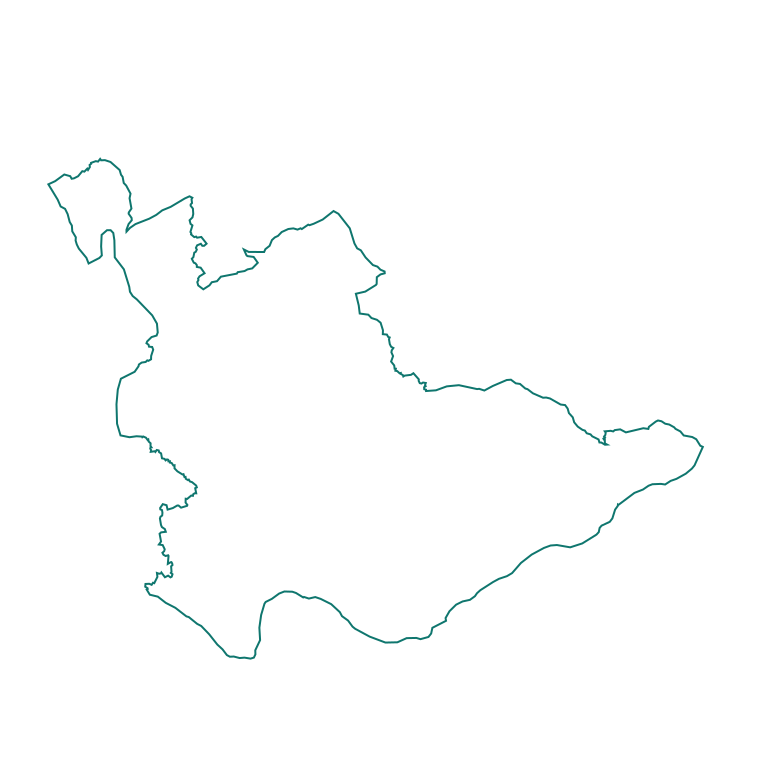 Lawra, Upper West, Ghana (Mercator projection), rotated 263°
{"feature_id": "2480657B49975124320145", "entity_name": "Lawra", "entity_type": "district", "adm_level": 2, "iso_a3": "GHA", "parent_name": "Ghana", "parent_adm1": "Upper West", "projection": "mercator", "projection_center": [-2.802, 10.62], "detail": "fine", "context": "isolated", "style": "outline", "palette": "teal", "viewbox_px": 768, "rotation_deg": 263, "n_neighbors": 0, "source": "geoboundaries", "source_scale": "gbopen_adm2", "svg_char_len": 6150}
<svg xmlns="http://www.w3.org/2000/svg" viewBox="0 0 768 768"><g transform="rotate(263 384 384)"><path d="M551.4,328.2L547.8,321.3L548.7,320.2L547.8,317.0L549.5,313.0L549.5,307.9L547.3,301.0L543.9,296.8L542.8,293.5L540.5,290.3L535.1,287.3L532.3,282.7L529.6,281.1L531.6,265.8L534.6,261.3L528.5,263.2L527.6,264.0L526.0,270.1L519.7,273.5L514.8,267.3L514.4,262.5L513.1,259.4L512.8,252.4L511.5,251.4L510.4,235.2L506.4,230.8L506.0,225.5L503.2,222.8L500.0,216.2L504.5,211.6L507.9,211.1L509.8,212.5L511.3,212.3L513.4,214.1L515.8,219.4L521.8,216.2L523.0,212.5L524.8,212.7L526.8,211.5L527.6,210.0L531.7,208.5L533.2,210.3L537.5,211.7L538.1,213.2L540.2,214.6L542.0,213.9L544.4,215.4L545.5,219.3L543.3,220.5L543.1,222.3L544.9,225.0L552.2,220.6L552.0,216.3L553.2,215.5L552.9,213.6L556.0,210.7L557.1,211.1L558.5,210.4L564.8,213.2L566.5,211.5L570.2,211.0L572.7,214.2L576.0,215.4L581.4,215.7L584.5,213.8L585.8,214.0L587.0,215.5L590.9,215.5L592.2,216.5L594.0,213.8L592.4,208.8L585.8,193.8L583.4,185.1L579.6,178.6L576.7,171.2L573.0,156.8L569.9,150.9L566.6,147.0L568.5,147.2L573.9,150.0L577.3,153.6L579.6,153.7L584.1,151.3L585.4,151.6L588.9,154.7L599.4,154.1L603.8,155.6L612.4,152.3L615.2,150.2L621.5,149.8L623.7,148.5L628.6,147.7L637.7,139.6L640.2,134.3L640.5,130.5L642.0,129.7L639.6,127.3L640.3,125.1L639.2,120.2L638.3,120.2L637.3,118.5L635.2,118.5L632.5,116.3L633.9,115.7L631.3,112.5L632.0,110.5L627.5,105.7L625.9,101.3L625.8,99.0L628.5,97.9L630.9,92.2L625.4,82.3L623.1,75.2L606.7,82.6L599.6,84.7L596.7,88.8L591.2,90.7L583.1,91.8L579.3,93.5L573.5,93.2L567.2,96.0L563.9,95.4L559.9,96.1L555.6,97.6L545.5,104.0L539.6,105.5L543.8,116.9L546.0,119.6L555.0,120.0L566.4,121.9L570.4,127.8L570.0,131.4L566.9,133.7L559.5,133.9L542.5,132.2L529.5,139.8L511.5,143.0L506.5,143.1L501.9,145.3L498.1,149.0L480.4,162.3L471.6,166.0L462.7,165.7L459.8,164.2L458.9,159.0L455.1,154.1L453.4,153.2L451.7,155.1L449.7,155.3L449.0,158.4L446.2,159.1L440.2,156.3L436.9,155.8L435.7,153.0L436.3,151.9L434.9,150.1L434.8,146.1L433.2,143.1L431.5,142.5L426.5,138.0L421.3,123.5L410.9,119.1L396.5,116.0L377.1,114.2L365.1,116.2L362.2,124.9L362.3,132.0L361.3,137.3L360.6,137.6L361.2,138.7L359.7,141.2L357.3,142.5L357.7,143.3L355.6,143.4L353.6,145.1L351.0,144.7L349.6,145.4L349.7,144.6L348.3,144.1L346.8,144.8L345.1,144.2L345.2,148.3L344.4,148.8L346.2,150.4L345.5,152.3L343.7,152.5L342.3,154.3L337.3,154.6L336.4,157.1L334.8,157.9L335.6,159.4L335.1,160.6L333.5,160.6L333.4,162.1L332.1,161.9L331.5,163.6L328.8,165.0L328.9,166.2L325.8,165.8L322.5,168.3L318.7,173.0L318.9,174.0L316.0,174.6L316.0,175.7L314.1,175.7L312.5,177.7L312.9,178.6L310.9,179.5L310.0,181.5L306.1,185.2L304.2,185.6L303.6,183.9L298.4,184.3L298.6,182.7L297.8,181.2L296.3,180.7L296.8,179.1L293.9,174.6L294.3,173.2L290.5,172.6L287.9,174.1L287.1,173.7L286.0,167.5L288.4,165.3L288.6,164.0L286.6,159.3L285.7,153.9L290.2,153.4L291.7,149.8L288.2,146.7L286.8,146.7L285.9,148.3L283.1,148.4L280.5,147.8L279.5,146.0L277.8,145.2L271.2,145.5L269.1,146.1L266.7,148.8L263.9,149.4L263.9,144.7L262.7,143.0L254.8,143.5L252.1,141.0L251.1,144.7L246.7,146.2L244.8,145.4L243.5,143.5L241.4,144.3L239.9,146.3L240.3,148.9L239.6,149.2L231.8,147.5L233.1,150.5L233.1,151.3L231.7,151.9L230.1,152.0L229.0,150.5L223.4,150.2L222.5,149.4L221.0,150.9L218.6,149.8L218.1,148.5L220.1,146.4L218.9,143.0L224.0,140.1L223.2,139.6L223.1,137.6L224.1,135.6L220.2,135.6L214.3,131.7L214.9,130.5L213.0,128.9L214.3,126.7L214.6,122.9L211.9,122.3L210.2,124.4L209.3,124.5L208.9,123.4L203.4,125.9L200.5,133.6L193.4,140.7L187.3,149.6L177.4,159.6L176.5,161.8L168.7,169.3L166.1,173.1L156.9,180.0L145.7,186.8L140.3,191.4L134.1,195.0L132.1,197.8L131.8,201.7L129.6,207.3L129.4,212.2L127.7,218.1L128.3,221.5L131.3,223.4L135.4,223.8L144.9,229.8L157.3,230.6L169.7,233.9L180.5,238.6L182.1,240.0L184.4,246.5L188.8,254.4L190.2,259.8L189.0,267.7L187.3,271.2L182.0,277.8L182.4,278.6L180.2,283.3L180.9,289.8L178.4,295.0L171.9,304.8L162.9,312.4L158.7,314.0L153.6,319.5L147.0,323.2L144.5,325.6L135.0,339.0L127.2,353.9L126.0,365.8L129.0,375.5L128.0,385.2L126.3,389.1L127.5,397.3L130.6,400.4L136.1,402.3L141.4,416.7L144.2,416.6L150.5,421.3L156.2,428.7L158.6,435.5L159.3,443.0L162.3,448.4L165.0,450.8L167.6,454.5L174.2,468.2L176.6,474.3L178.3,482.6L180.7,488.1L189.7,498.1L196.7,509.8L201.8,522.8L203.4,529.7L203.1,536.0L199.2,548.9L201.6,561.4L208.6,576.5L210.8,579.1L214.9,580.5L216.9,582.7L219.7,591.3L222.8,594.3L231.2,598.1L234.4,601.1L235.8,601.5L235.4,601.9L245.4,619.3L247.7,628.2L250.8,634.2L251.8,638.2L251.1,646.7L250.0,650.8L252.9,656.7L254.2,662.7L258.2,672.6L262.5,679.3L265.4,682.3L282.7,692.8L284.2,690.4L291.1,687.2L293.8,683.5L296.4,675.2L300.8,672.4L304.0,667.8L305.6,666.8L309.0,662.2L310.3,658.3L313.2,654.9L314.4,651.5L313.6,649.2L309.2,641.7L307.2,640.9L308.5,636.0L306.5,618.2L310.2,612.9L310.1,607.4L309.0,605.7L309.9,603.3L310.1,597.4L308.7,598.1L306.5,597.5L305.1,596.1L304.2,596.8L303.1,595.1L302.1,595.5L302.2,596.4L298.1,596.0L296.7,598.0L296.8,595.9L299.4,592.6L299.7,590.7L302.8,590.2L306.7,584.3L308.8,582.9L310.4,579.2L313.3,577.7L314.3,575.4L318.1,571.1L322.8,568.1L327.9,567.3L332.6,564.0L337.2,563.3L341.0,561.2L342.1,556.8L349.4,547.0L350.8,543.3L351.0,540.2L356.6,530.7L361.4,525.8L362.3,523.7L367.5,519.0L368.6,514.9L372.8,510.5L373.0,506.3L368.8,491.8L365.3,482.8L367.6,477.9L367.6,475.8L373.7,458.2L374.0,446.0L371.4,434.8L371.9,424.9L373.2,425.0L373.9,423.3L375.9,423.4L376.8,425.1L377.7,424.5L379.9,425.6L380.7,422.9L379.9,421.3L380.5,419.6L382.9,418.8L384.4,419.1L391.1,414.5L389.8,411.9L389.8,405.6L389.1,404.1L390.6,403.8L391.9,401.9L392.9,402.0L392.7,400.8L395.2,398.7L395.8,396.9L397.7,397.6L397.9,396.4L401.2,396.4L405.4,393.8L410.6,396.4L414.5,395.2L416.5,395.8L418.6,397.7L420.1,395.6L422.9,394.6L427.9,394.4L429.5,395.3L430.2,393.9L432.7,392.9L433.6,388.9L437.5,389.5L445.2,388.1L448.6,384.8L451.0,379.6L454.7,376.9L456.9,368.5L465.0,368.5L477.0,367.1L478.0,376.7L483.3,388.1L484.2,388.9L490.9,389.9L493.2,393.9L493.8,398.2L495.6,398.3L497.9,394.4L501.3,391.8L503.4,387.5L511.9,381.1L519.5,377.3L521.9,373.9L527.1,371.8L542.7,369.0L558.5,359.5L561.8,355.0L554.7,343.2L551.6,333.7L550.7,329.4L551.4,328.2Z" fill="none" stroke="#0f766e" stroke-width="2"/></g></svg>